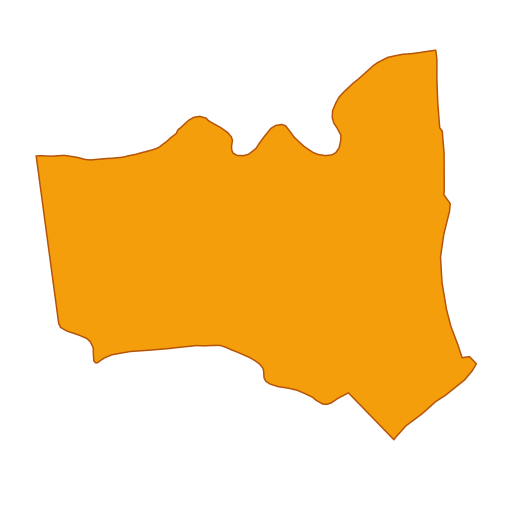 the district of Piaye, Saint Lucia, rotated 266°
{"feature_id": "8701671B45365250149949", "entity_name": "Piaye", "entity_type": "district", "adm_level": 2, "iso_a3": "LCA", "parent_name": "Saint Lucia", "parent_adm1": "", "projection": "albers", "projection_center": [-61.022, 13.757], "detail": "fine", "context": "isolated", "style": "filled", "palette": "amber", "viewbox_px": 512, "rotation_deg": 266, "n_neighbors": 0, "source": "geoboundaries", "source_scale": "gbopen_adm2", "svg_char_len": 2307}
<svg xmlns="http://www.w3.org/2000/svg" viewBox="0 0 512 512"><g transform="rotate(266 256 256)"><path d="M63.2,380.7L65.8,383.1L76.1,393.7L87.2,410.9L98.3,425.2L103.8,435.2L117.7,455.3L126.3,463.6L133.1,468.3L140.7,462.0L140.2,454.5L153.6,451.1L172.2,445.5L189.5,442.3L216.8,439.7L242.2,440.0L264.7,444.9L287.2,452.2L294.7,453.4L304.0,447.7L309.2,448.4L345.6,450.8L367.6,450.5L371.1,448.2L396.5,448.0L420.2,448.8L439.9,450.2L446.8,449.8L448.8,449.5L447.0,425.8L447.0,416.6L446.0,408.3L444.9,401.1L440.7,391.2L437.9,386.5L425.4,370.5L421.7,365.1L414.0,355.6L408.8,350.0L402.9,346.2L395.7,342.6L388.9,341.7L383.4,342.8L377.9,345.9L370.7,349.1L365.3,348.6L358.0,346.4L353.5,342.8L351.5,338.5L351.3,332.2L353.0,324.8L355.4,320.0L362.0,311.5L371.6,302.5L378.4,298.2L383.8,294.6L385.4,290.8L384.9,284.9L382.3,279.8L375.8,273.7L369.0,267.8L363.3,263.5L358.0,255.7L357.0,250.5L357.6,244.2L360.2,240.4L363.3,239.2L367.0,239.2L370.9,240.1L372.7,240.6L376.6,239.7L381.2,236.3L386.5,229.8L392.8,220.1L394.8,217.6L397.0,215.8L399.2,209.7L398.7,203.7L396.1,198.3L388.9,189.3L387.6,187.2L383.6,184.8L380.1,179.4L376.1,174.4L373.8,170.6L372.0,168.1L371.1,166.4L370.3,164.5L369.4,161.1L368.7,158.0L368.3,155.7L368.1,154.6L367.8,153.5L367.3,150.2L366.7,147.4L366.1,144.5L365.7,142.5L365.2,138.5L364.9,135.5L364.1,132.0L363.7,127.5L363.7,124.2L363.5,119.2L363.7,114.7L363.4,99.9L363.4,97.4L363.7,95.2L364.1,92.9L364.5,91.4L365.2,89.4L366.1,87.0L366.6,85.3L367.1,83.6L367.4,82.4L367.9,80.3L368.1,79.1L368.9,75.9L369.2,74.5L369.5,73.0L369.8,70.9L369.8,69.7L369.8,68.3L369.8,66.2L369.8,64.2L369.8,61.3L369.9,58.4L370.2,55.9L370.4,53.9L370.8,50.5L371.1,47.8L371.1,43.7L202.1,54.5L200.0,55.7L198.7,55.8L196.2,59.2L194.1,62.6L189.5,73.7L185.4,81.6L181.8,84.8L175.9,87.2L168.7,86.9L162.5,86.9L160.5,88.8L160.8,90.9L162.3,93.0L164.9,97.7L167.4,104.9L167.9,108.6L169.5,123.9L169.5,143.2L169.7,160.9L170.3,174.7L170.8,190.3L170.0,197.7L169.8,205.5L169.6,209.8L169.3,214.0L166.9,219.9L164.5,224.1L161.0,231.5L155.2,242.5L151.6,247.8L148.0,252.0L144.0,254.8L142.1,255.5L139.0,255.6L134.4,255.5L133.1,255.8L130.2,257.2L127.3,261.1L124.2,268.8L121.8,279.3L119.3,287.4L115.9,294.2L111.1,302.6L107.7,306.1L103.6,312.4L103.1,316.3L104.1,320.6L108.4,328.0L113.0,338.7L63.2,380.7Z" fill="#f59e0b" stroke="#b45309" stroke-width="1.5"/></g></svg>